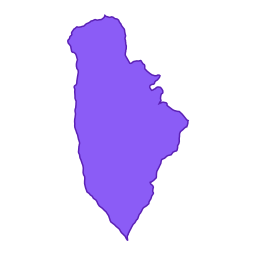 Ruepisa, Wangdi Phodrang, Bhutan
{"feature_id": "84629894B47901648046717", "entity_name": "Ruepisa", "entity_type": "district", "adm_level": 2, "iso_a3": "BTN", "parent_name": "Bhutan", "parent_adm1": "Wangdi Phodrang", "projection": "equal_earth", "projection_center": [89.954, 27.397], "detail": "fine", "context": "isolated", "style": "filled", "palette": "violet", "viewbox_px": 256, "rotation_deg": 0, "n_neighbors": 0, "source": "geoboundaries", "source_scale": "gbopen_adm2", "svg_char_len": 5694}
<svg xmlns="http://www.w3.org/2000/svg" viewBox="0 0 256 256"><path d="M188.2,120.6L186.8,119.9L182.2,114.2L179.3,111.5L177.2,111.3L174.5,110.6L172.6,109.7L167.1,105.5L167.0,103.7L166.4,103.0L166.1,102.8L165.4,102.6L164.3,102.4L164.0,102.4L163.7,102.2L163.3,102.2L162.6,102.2L161.6,102.6L159.9,103.3L159.2,103.6L159.5,103.0L159.7,102.3L160.8,101.2L161.0,100.6L160.8,99.8L160.5,98.8L160.6,97.0L160.8,95.7L161.4,93.8L162.5,93.3L162.9,92.3L162.7,90.5L162.2,89.7L161.6,88.7L160.5,87.4L159.6,87.2L158.3,87.0L157.2,87.1L156.0,87.9L155.7,88.1L155.4,88.6L154.0,89.2L153.3,89.8L152.9,89.9L152.6,90.1L152.3,90.2L151.8,90.4L151.5,90.2L151.3,89.9L150.8,89.3L150.5,88.7L150.3,88.4L150.0,88.0L149.8,87.6L149.7,87.2L149.7,86.8L149.8,86.4L149.9,85.9L150.3,85.3L152.0,84.4L153.1,84.3L153.5,84.2L153.9,84.0L154.3,83.5L154.6,82.9L154.6,82.6L154.8,82.1L155.1,81.6L155.5,81.2L155.8,80.9L157.0,80.2L157.4,79.9L158.7,78.4L159.6,77.0L160.0,75.7L159.1,75.1L157.7,75.1L156.8,75.7L156.4,75.6L155.0,75.8L153.4,75.3L152.0,74.9L149.9,73.5L147.0,71.1L145.9,69.9L145.0,69.0L144.7,68.3L144.8,66.0L144.4,64.7L143.0,63.8L141.9,62.2L141.0,60.7L140.5,60.5L139.9,60.7L138.8,61.0L137.9,61.0L136.8,60.9L133.7,61.5L133.0,62.0L132.6,62.1L132.0,62.8L131.1,63.3L130.5,63.4L129.8,63.2L128.6,61.1L125.6,55.9L125.3,55.1L125.3,54.0L125.4,52.7L125.7,51.7L125.7,50.5L126.2,48.9L126.3,45.9L126.0,45.1L125.7,43.7L125.7,42.4L125.6,42.0L125.5,41.6L125.5,41.2L125.5,40.4L125.1,39.3L125.0,38.7L125.0,38.3L125.2,37.3L125.6,36.0L125.6,35.6L125.2,34.3L124.7,31.8L124.5,30.0L124.1,28.9L123.5,28.2L122.4,26.8L121.8,26.0L121.3,25.1L120.8,23.8L120.1,23.1L119.7,22.4L119.3,21.9L118.8,20.6L118.6,20.2L118.3,19.9L117.9,19.6L117.5,19.3L117.0,19.0L116.0,18.8L115.0,18.6L114.6,18.4L114.1,18.0L113.7,17.7L113.2,17.3L112.6,17.1L111.9,16.9L111.4,16.9L110.8,17.1L110.0,17.3L109.4,17.4L108.5,17.1L108.0,16.9L107.3,16.7L106.1,16.4L105.8,16.3L104.9,15.4L104.6,16.2L104.3,17.1L103.9,17.6L103.3,18.1L101.6,19.4L101.1,19.6L100.6,19.7L100.2,19.6L98.6,19.9L97.1,20.2L95.7,19.7L95.1,19.6L94.8,19.7L93.8,20.1L92.7,20.7L92.4,20.8L91.6,20.9L91.0,21.1L90.6,21.4L90.1,21.9L89.4,22.4L88.3,23.0L86.5,23.7L85.7,24.3L85.4,24.5L84.5,25.6L84.0,25.9L83.3,26.3L82.9,26.4L82.4,26.3L81.9,26.5L81.0,26.9L79.8,27.0L79.3,27.2L78.4,27.2L77.7,27.1L77.2,26.9L76.8,26.9L76.3,27.3L74.7,28.7L74.0,29.0L73.6,29.6L71.8,32.2L71.6,32.7L71.6,33.5L71.7,34.1L71.8,34.5L71.7,34.9L71.5,35.2L71.2,35.5L70.5,36.0L70.0,36.6L69.8,37.0L69.7,37.4L69.6,38.3L69.3,38.8L68.9,39.3L68.5,39.5L68.3,39.8L67.9,40.5L67.8,41.1L68.0,42.2L68.3,43.2L69.0,44.0L70.3,45.6L70.7,46.5L70.8,46.9L70.9,47.6L71.0,48.1L71.1,48.9L71.3,49.3L71.4,50.0L71.4,50.4L71.7,51.4L71.9,51.7L72.3,52.1L72.9,52.3L73.3,52.3L74.0,52.5L75.5,53.7L76.3,55.5L76.9,57.7L77.5,59.8L76.8,61.8L76.4,64.0L76.4,66.2L76.9,68.5L78.1,70.2L78.3,72.3L77.9,74.7L77.5,76.9L77.1,79.6L76.9,80.8L76.8,82.5L76.7,83.1L76.7,83.7L76.3,84.3L76.0,84.9L74.8,85.7L74.3,86.3L74.2,86.9L74.2,87.5L74.5,88.2L74.9,89.4L74.7,91.8L74.9,94.1L75.0,95.9L75.0,97.3L75.0,97.9L75.1,98.6L75.4,99.3L75.6,100.1L76.0,100.7L76.1,101.6L76.0,103.8L76.0,104.5L75.8,106.6L75.7,107.7L75.4,108.6L75.2,109.2L75.1,109.7L75.1,110.2L75.0,110.9L75.3,112.6L75.5,114.0L75.1,117.3L74.7,119.5L74.6,121.7L74.8,123.8L74.7,125.7L74.9,127.6L75.1,128.1L75.3,128.6L75.4,129.1L75.6,129.7L75.8,130.0L76.0,130.6L76.5,132.2L76.8,133.2L77.4,134.3L77.8,135.8L78.1,137.4L78.3,138.1L78.4,138.9L78.6,139.6L78.9,140.2L79.1,141.1L79.4,141.8L79.5,142.4L79.6,143.2L79.5,143.9L79.3,144.6L79.2,145.4L79.1,145.9L78.9,146.6L78.9,147.3L78.8,148.1L78.8,148.6L78.7,149.1L78.7,149.8L78.5,151.6L78.5,152.2L78.7,152.9L79.0,153.6L79.3,154.1L79.5,154.6L79.7,155.9L79.9,157.3L80.1,158.1L80.9,159.8L81.1,160.5L81.7,162.1L81.9,162.8L82.1,163.5L82.5,164.3L82.7,165.0L82.9,165.5L83.3,168.0L83.2,170.5L83.1,172.6L83.6,174.8L84.6,176.4L84.8,178.5L84.6,181.2L84.6,183.6L85.1,185.8L85.6,187.9L86.3,189.8L87.0,191.9L89.2,193.5L90.4,195.0L92.3,196.3L93.4,198.3L95.9,200.0L97.0,201.7L97.9,203.9L99.3,206.0L102.5,208.4L103.8,209.8L106.2,212.0L107.4,213.9L108.6,215.7L110.0,219.8L110.0,220.1L110.5,221.1L110.8,221.9L111.5,222.4L112.9,223.5L114.0,224.3L114.6,224.8L116.1,226.4L118.2,228.1L119.5,229.3L120.4,231.0L121.4,232.6L123.0,234.1L125.1,236.2L126.3,238.6L127.7,240.6L127.5,239.1L127.3,237.6L127.3,236.9L127.3,236.1L127.5,235.6L127.7,235.1L128.1,234.7L128.2,234.3L128.5,233.1L128.8,232.7L129.3,231.7L129.5,231.1L129.8,230.6L131.1,228.2L131.4,227.5L133.0,224.6L133.5,224.0L134.6,223.0L134.9,222.6L135.7,221.3L135.9,220.8L136.7,219.7L137.3,219.3L137.8,218.5L138.3,217.0L138.4,216.5L138.7,216.0L138.9,215.2L139.4,214.2L140.4,213.1L140.8,212.4L141.0,212.1L141.2,211.6L141.5,211.2L142.3,209.5L142.8,208.6L143.0,208.3L143.6,207.7L144.2,207.2L144.6,207.0L145.1,206.7L146.5,205.8L147.1,205.3L147.4,204.9L147.7,204.7L148.1,204.3L148.5,204.0L148.8,203.7L148.9,203.2L148.9,202.6L149.1,201.9L149.3,201.4L149.7,200.7L150.1,200.0L150.6,199.3L150.9,198.7L151.2,197.8L151.4,197.1L151.6,196.6L151.8,195.8L152.2,195.3L152.9,194.3L153.3,193.6L153.4,193.1L153.3,192.6L153.1,192.3L152.8,191.7L152.7,190.9L152.9,189.6L152.9,188.8L153.3,187.8L153.3,187.0L152.9,186.0L152.4,185.3L151.5,184.7L151.0,184.3L150.5,183.4L150.1,182.5L150.3,182.1L151.3,182.1L151.8,181.6L152.8,181.0L154.4,179.7L155.4,178.6L156.2,177.9L156.4,177.0L156.4,175.4L156.5,173.3L156.8,171.4L158.9,167.4L159.6,165.8L160.8,163.4L161.3,160.4L161.9,159.4L164.6,158.2L166.8,156.2L168.0,155.5L171.1,154.8L173.0,152.2L174.8,151.3L176.5,150.9L177.1,150.0L177.6,147.8L177.6,145.7L178.8,143.7L179.3,141.5L179.2,138.5L179.5,136.3L179.5,135.1L179.6,133.6L180.5,131.6L182.9,129.6L184.4,128.1L185.8,127.0L186.7,126.9L187.4,125.0L187.9,122.9L187.8,121.7L188.2,120.6Z" fill="#8b5cf6" stroke="#5b21b6" stroke-width="1.5"/></svg>